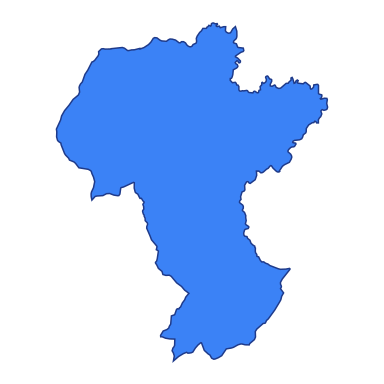 San Cayetano, Norte de Santander, Colombia (orthographic projection)
{"feature_id": "7082276B18864989229561", "entity_name": "San Cayetano", "entity_type": "district", "adm_level": 2, "iso_a3": "COL", "parent_name": "Colombia", "parent_adm1": "Norte de Santander", "projection": "orthographic", "projection_center": [-72.593, 7.837], "detail": "fine", "context": "isolated", "style": "filled", "palette": "blue", "viewbox_px": 384, "rotation_deg": 0, "n_neighbors": 0, "source": "geoboundaries", "source_scale": "gbopen_adm2", "svg_char_len": 5876}
<svg xmlns="http://www.w3.org/2000/svg" viewBox="0 0 384 384"><path d="M235.4,26.6L232.7,29.0L230.7,32.5L229.9,33.0L228.4,33.2L226.4,32.2L225.4,30.7L225.7,26.7L223.7,26.7L220.3,27.7L219.3,26.1L217.1,26.6L216.4,26.3L216.2,25.6L217.5,24.3L217.2,23.6L215.2,23.8L213.6,23.0L212.3,23.1L211.4,23.8L211.1,25.5L210.7,26.1L208.9,25.3L208.0,26.6L206.9,27.2L206.6,28.1L206.2,28.4L202.9,28.4L201.4,30.9L199.7,32.4L197.2,36.1L196.3,38.4L196.6,41.3L196.3,42.7L195.8,43.3L193.1,44.5L191.9,46.3L190.6,46.8L189.4,46.7L188.0,46.0L186.8,44.9L185.5,42.9L183.6,41.7L181.5,41.7L180.2,42.8L179.1,42.8L175.6,40.1L172.5,39.2L170.0,39.0L168.5,39.7L166.4,41.3L161.6,40.9L159.9,40.1L157.0,37.9L154.7,37.6L153.3,38.3L150.9,42.1L148.5,44.6L143.9,47.6L140.0,49.0L139.9,48.4L134.3,49.8L131.6,49.9L128.7,50.6L127.5,50.5L124.5,48.2L122.3,47.5L111.0,48.7L110.9,49.0L105.1,49.1L103.2,48.7L101.4,48.9L98.6,51.6L98.8,54.1L98.2,55.7L94.8,60.2L93.3,61.5L91.9,62.0L87.8,70.1L85.0,74.3L82.3,82.0L80.5,84.0L79.5,85.9L79.1,87.4L79.6,92.1L78.4,95.0L73.1,99.4L69.0,105.3L64.6,110.6L61.6,115.9L60.6,120.0L56.4,129.1L56.8,132.0L56.6,136.9L57.5,140.2L58.4,141.4L60.9,143.1L61.1,144.7L64.6,153.6L65.6,155.1L68.6,158.2L69.5,160.1L73.9,161.9L75.5,163.3L78.9,167.8L88.2,169.3L90.6,170.6L91.3,171.5L92.0,173.8L93.5,177.1L94.7,181.6L93.5,187.6L91.5,192.0L91.1,193.9L91.2,196.7L91.9,200.1L95.2,196.4L97.0,196.0L102.9,195.6L106.5,193.7L109.7,193.5L113.9,195.1L117.6,195.7L118.8,195.6L119.9,194.1L120.7,188.2L121.1,187.6L123.5,187.0L133.4,182.4L134.3,182.7L134.2,188.1L135.2,192.1L136.0,193.0L137.8,194.1L139.8,198.1L140.2,198.5L141.0,198.2L141.5,198.5L142.9,200.8L144.1,202.1L143.9,202.9L143.1,203.9L142.9,204.6L143.6,206.3L143.8,209.1L142.7,210.6L142.6,211.4L143.3,214.0L144.1,215.1L144.2,216.4L145.1,218.2L145.2,220.7L147.2,222.7L147.5,223.4L147.6,224.4L146.8,226.5L146.7,228.2L150.0,235.8L151.5,239.8L156.8,246.1L157.0,246.9L156.3,249.7L157.8,250.5L158.4,251.2L157.2,259.0L156.6,261.1L155.5,262.3L155.5,263.0L156.9,265.2L158.4,268.4L162.0,271.4L162.9,274.5L165.9,275.4L169.3,275.2L171.2,276.3L176.7,282.9L181.5,286.4L184.6,290.1L188.9,293.3L185.7,297.2L184.7,299.8L182.4,302.9L180.5,307.1L179.5,307.7L178.9,308.9L177.3,308.8L176.5,309.5L174.7,314.7L171.4,315.9L170.7,324.1L169.3,326.3L168.8,328.0L167.0,329.5L163.2,331.0L160.6,335.3L160.7,336.8L162.2,336.8L165.5,338.2L169.6,338.9L174.8,339.1L174.6,345.4L173.9,346.9L172.9,348.1L172.1,350.8L173.3,352.8L174.3,356.0L173.4,361.0L178.6,356.5L183.4,353.6L186.6,352.3L187.7,353.1L189.0,353.1L191.1,352.8L192.8,352.1L195.4,348.0L198.1,344.9L200.8,342.7L201.5,342.9L204.3,350.4L208.1,353.9L210.0,355.1L211.6,358.1L213.7,359.2L215.1,359.0L218.3,357.7L221.7,355.7L226.3,348.9L231.4,348.0L233.5,347.3L238.0,344.8L240.7,344.0L242.0,344.0L245.1,344.8L249.2,344.9L249.7,343.6L254.4,339.6L255.5,337.0L255.3,331.5L256.8,329.1L263.1,323.5L265.0,323.2L265.4,322.9L266.5,320.5L268.3,318.9L274.7,310.1L279.7,301.8L280.8,299.8L281.7,296.2L283.6,292.9L280.5,288.7L281.4,286.9L281.3,286.0L280.5,284.1L280.5,282.3L282.3,279.0L289.9,269.4L290.0,268.9L289.5,268.4L285.9,269.1L280.4,269.3L278.4,268.8L269.8,265.5L267.9,264.0L265.5,263.2L263.8,261.9L261.7,261.9L260.3,260.3L258.6,256.8L257.0,256.4L256.7,254.3L255.6,252.8L255.3,251.2L255.4,248.0L254.8,247.3L254.8,246.2L252.9,245.0L251.0,243.2L249.9,240.2L247.6,238.4L247.0,236.6L244.6,236.1L243.9,235.0L243.7,233.0L244.6,229.9L245.3,229.3L248.2,228.5L248.9,227.0L247.9,225.9L246.2,224.9L245.4,223.8L246.2,220.6L245.7,217.6L245.8,215.6L244.5,212.4L242.5,210.6L242.4,210.0L243.3,208.2L243.3,206.3L242.7,205.1L239.8,202.8L239.4,202.1L239.9,200.6L241.0,199.5L240.6,196.7L242.0,192.0L244.2,191.0L244.9,189.9L244.6,185.3L246.5,182.0L247.3,181.6L248.1,181.7L249.2,183.1L250.2,183.4L255.2,179.7L256.7,175.3L256.4,171.1L258.9,171.1L260.8,172.8L262.1,172.7L263.4,172.0L266.5,169.2L268.2,168.3L269.7,166.4L270.7,165.6L271.5,165.8L272.9,168.0L276.0,171.0L277.3,171.9L278.9,172.0L279.6,171.5L279.2,171.2L282.4,166.3L284.5,164.7L289.4,162.3L291.2,159.1L291.8,157.1L291.5,155.7L290.7,154.2L288.0,151.8L288.0,150.7L288.6,149.6L290.6,147.6L291.8,147.0L293.8,146.8L294.6,146.3L296.0,144.0L295.6,143.1L293.0,142.7L292.7,142.2L293.0,141.3L294.5,140.4L299.6,139.8L301.7,138.8L302.6,137.2L303.3,134.8L305.8,132.8L306.2,131.6L306.3,128.5L308.7,124.9L312.3,122.7L313.8,122.6L314.8,121.2L315.8,121.5L316.6,122.9L318.4,122.9L318.4,119.7L319.6,117.7L320.7,116.7L321.8,113.9L321.0,111.6L321.1,110.6L322.2,109.6L323.9,110.3L326.0,109.8L327.1,109.0L327.6,107.1L326.7,103.5L327.3,99.7L326.9,98.4L324.4,98.2L321.5,99.1L320.6,99.1L320.3,98.7L320.9,98.3L321.7,97.0L321.9,95.7L321.7,94.8L319.3,94.2L318.5,93.5L318.5,85.5L317.9,84.5L317.3,84.3L313.8,84.9L313.5,87.3L311.7,89.0L310.8,89.1L310.4,88.7L310.1,86.0L305.6,82.4L304.7,82.5L303.2,83.8L298.1,83.2L297.3,82.7L298.2,80.6L297.3,80.0L296.1,80.8L295.1,82.9L294.1,83.3L292.8,78.7L292.1,77.4L291.0,78.0L291.0,80.2L288.9,82.1L288.3,83.2L286.1,83.4L280.8,88.0L280.0,88.3L278.5,88.4L276.2,87.4L275.2,85.3L274.5,85.0L272.1,86.3L270.3,85.9L270.2,84.4L271.7,81.3L271.7,79.8L271.2,79.3L269.6,78.9L268.0,76.4L267.5,76.0L266.8,76.1L265.9,76.6L265.6,77.3L266.4,79.6L266.1,81.4L265.3,82.4L263.8,83.4L262.3,82.3L261.8,82.7L261.7,84.9L260.1,86.6L260.5,89.8L259.0,90.4L258.4,92.6L257.2,92.8L254.8,91.2L253.7,91.5L252.9,92.9L249.0,92.5L248.3,92.0L247.5,90.7L246.7,90.4L243.7,90.9L242.5,90.7L240.8,91.2L239.5,90.9L238.9,89.8L238.9,86.6L238.0,85.1L236.7,84.9L236.2,83.3L235.3,82.3L232.4,82.7L230.2,80.3L230.3,78.5L231.4,78.4L232.2,76.9L232.8,74.6L233.3,69.8L236.5,68.1L237.4,67.3L237.9,66.2L237.3,64.6L235.7,63.6L235.2,62.5L236.9,60.7L237.9,61.1L238.3,62.2L239.0,62.9L239.7,62.8L240.4,62.0L240.4,60.9L237.7,58.1L235.4,56.8L235.5,56.0L240.9,52.3L243.2,51.5L243.8,50.6L243.3,48.1L238.3,47.5L237.6,47.0L236.4,43.8L233.8,42.9L233.4,42.2L233.9,40.8L236.0,38.9L236.6,37.7L236.9,36.0L236.8,31.2L235.4,26.6Z" fill="#3b82f6" stroke="#1e3a8a" stroke-width="1.5"/></svg>